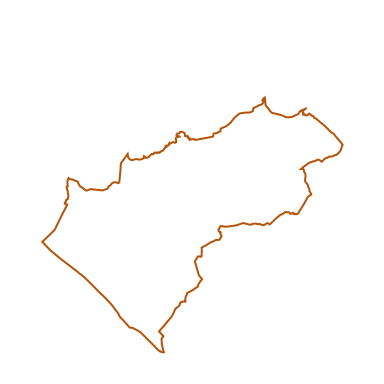 outline of Tanh Linh, Bình Thuận, Vietnam, rotated 46°
{"feature_id": "81297802B72040378952039", "entity_name": "Tanh Linh", "entity_type": "district", "adm_level": 2, "iso_a3": "VNM", "parent_name": "Vietnam", "parent_adm1": "Bình Thuận", "projection": "natural_earth1", "projection_center": [107.7, 11.14], "detail": "fine", "context": "isolated", "style": "outline", "palette": "amber", "viewbox_px": 384, "rotation_deg": 46, "n_neighbors": 0, "source": "geoboundaries", "source_scale": "gbopen_adm2", "svg_char_len": 6008}
<svg xmlns="http://www.w3.org/2000/svg" viewBox="0 0 384 384"><g transform="rotate(46 192 192)"><path d="M248.4,49.6L246.4,50.3L244.9,50.5L239.7,50.5L234.0,50.8L232.3,51.1L225.3,51.8L224.4,52.0L223.3,52.6L222.6,52.2L222.0,52.1L221.3,52.2L220.7,52.8L220.3,52.9L217.6,52.9L217.2,53.1L216.9,53.6L217.0,55.4L216.8,55.9L215.6,57.2L214.4,56.9L214.1,57.3L213.8,58.2L213.5,58.4L213.2,58.3L213.1,58.1L212.5,56.9L212.2,56.8L211.7,57.0L211.3,57.0L210.9,56.6L210.7,56.3L210.6,55.7L210.6,54.9L211.2,52.5L211.0,52.3L210.1,54.9L209.1,57.1L209.1,59.2L209.7,61.0L209.6,61.7L208.9,63.5L208.5,65.2L207.4,68.0L205.0,71.0L203.6,72.3L203.0,72.7L200.5,73.4L199.5,74.0L196.2,75.9L190.8,79.4L189.5,79.6L187.3,79.6L185.6,79.1L181.9,78.9L180.7,78.7L180.0,78.3L179.0,77.4L174.6,74.0L174.5,75.7L174.7,77.3L175.1,77.8L175.8,77.5L176.5,77.7L176.9,78.0L177.2,78.4L177.3,79.0L177.3,80.7L177.2,81.7L176.6,82.5L176.3,83.2L175.9,85.2L175.0,87.0L174.8,88.6L174.4,89.3L174.4,89.6L174.7,90.3L176.0,91.7L175.9,92.9L175.0,95.0L174.2,96.1L171.6,98.8L169.0,102.6L168.4,104.0L168.1,110.0L168.5,113.1L169.0,116.1L169.0,116.7L168.4,121.8L166.3,127.4L168.2,129.4L167.1,131.2L167.1,132.7L166.9,133.3L165.1,135.6L165.2,136.1L166.7,138.2L165.6,140.2L157.2,153.0L156.8,153.5L156.5,153.6L155.6,153.6L155.1,154.0L153.2,156.6L152.9,157.4L152.7,157.5L152.4,157.3L152.0,156.5L151.4,157.1L150.1,156.4L149.8,156.5L149.7,156.9L149.2,156.4L148.8,156.3L147.6,157.5L147.1,158.0L146.8,158.1L146.1,157.4L144.9,156.7L144.4,156.5L143.4,156.7L141.7,157.5L140.8,158.3L140.5,158.9L141.0,159.9L141.0,160.4L140.1,161.4L139.8,161.9L139.9,163.0L140.6,163.9L141.2,164.0L142.9,162.5L143.3,162.4L143.6,162.5L142.5,163.9L142.2,164.5L141.9,165.4L142.0,166.2L142.7,167.1L144.1,167.5L144.8,168.6L145.1,168.9L145.0,169.6L144.8,170.0L144.4,170.2L143.2,170.6L142.6,171.7L142.3,172.4L142.4,172.8L142.3,173.1L141.6,174.4L142.0,175.1L141.7,175.2L141.2,174.8L141.3,175.4L142.0,176.1L142.1,176.5L141.5,177.6L141.4,178.3L141.0,178.0L140.8,178.1L140.7,179.0L140.7,179.4L140.9,179.6L141.5,178.8L141.8,178.9L141.5,179.7L141.7,180.5L141.5,181.7L141.6,182.3L142.0,183.4L142.1,184.2L141.4,185.2L141.4,185.8L141.2,186.1L141.2,188.2L140.9,188.5L140.1,188.5L140.0,188.8L139.8,189.9L139.4,190.6L139.2,190.7L138.4,190.6L137.7,191.5L137.6,192.7L137.6,193.0L137.9,193.3L137.8,193.7L137.6,194.1L136.9,194.4L136.6,194.8L136.6,196.9L136.8,199.2L136.0,200.2L135.7,201.3L135.3,201.6L134.9,201.7L133.3,201.4L132.8,201.6L133.2,202.2L133.7,202.9L134.0,203.4L133.9,204.1L133.5,205.4L132.0,207.5L129.6,209.2L129.1,209.7L128.2,211.8L127.7,212.6L127.3,213.0L126.2,213.7L125.1,214.1L124.6,214.1L122.6,213.7L121.5,213.1L120.0,211.9L121.9,222.9L122.4,223.7L123.6,225.1L125.2,226.7L126.5,228.2L134.5,237.5L134.5,238.7L134.3,239.1L133.2,239.3L131.2,240.9L130.8,241.3L130.3,242.9L130.2,244.4L130.5,245.5L130.5,246.2L130.2,247.4L130.2,248.1L130.3,248.8L130.7,249.7L130.8,250.2L130.7,251.2L129.4,253.5L129.0,254.6L128.7,255.2L120.5,262.1L119.5,263.1L118.9,264.1L118.0,266.4L117.5,267.1L116.7,267.4L113.1,267.8L110.5,268.6L107.2,267.9L106.3,267.6L105.6,267.1L105.1,267.1L103.8,267.6L100.1,269.3L97.7,271.0L96.3,271.1L96.6,272.6L97.5,273.8L100.1,276.4L101.4,277.2L101.4,277.5L101.2,278.6L103.3,279.9L105.1,280.9L106.9,282.3L108.6,283.4L109.2,283.8L109.9,285.2L110.6,285.7L110.8,286.7L110.3,287.7L110.3,288.1L111.3,289.4L111.3,290.0L111.7,290.4L111.5,291.0L111.7,291.5L112.2,291.6L113.0,291.5L114.1,290.7L114.5,290.6L117.7,300.2L121.9,311.8L123.1,315.0L123.7,316.8L123.8,317.5L123.9,323.2L123.9,334.3L135.6,334.4L149.0,332.9L169.4,329.8L172.7,329.5L176.2,328.9L184.8,328.4L199.6,328.3L209.3,327.9L216.3,328.1L220.9,328.5L222.2,328.8L228.0,329.4L231.3,330.6L237.6,330.6L245.6,331.0L246.1,331.0L248.7,329.1L249.5,328.8L256.7,326.5L275.4,326.1L281.2,326.2L284.5,325.8L284.5,325.4L285.4,325.2L287.0,324.5L287.7,323.5L285.8,322.6L280.5,319.5L279.4,318.4L276.8,316.2L276.2,315.5L276.1,315.1L276.1,313.1L275.9,312.7L275.6,312.6L271.6,312.7L269.4,312.5L268.8,305.5L267.5,293.6L266.9,291.1L264.5,285.1L264.9,280.5L264.8,279.8L264.2,279.0L264.2,278.2L263.5,277.4L263.5,277.0L264.1,275.6L264.5,274.9L265.0,273.9L265.2,273.7L266.2,273.2L266.3,272.8L266.1,272.5L265.4,272.3L264.9,272.0L263.9,270.3L262.8,269.2L262.6,268.7L262.5,267.4L261.7,266.4L261.3,265.7L261.3,265.0L261.6,264.7L261.8,264.1L263.3,258.6L263.4,256.8L264.2,253.8L263.5,253.0L263.3,252.3L262.7,251.1L262.4,249.3L262.0,248.2L261.9,246.2L261.7,245.3L257.4,245.0L256.7,244.9L244.2,238.3L243.6,237.3L242.5,232.5L243.0,231.9L245.0,230.3L245.0,230.0L241.4,226.1L238.7,223.6L240.0,219.2L241.3,213.2L242.1,211.6L243.0,208.5L243.5,207.7L245.3,205.7L245.4,205.1L244.2,201.3L243.8,201.1L242.8,201.1L241.8,200.3L241.0,200.2L240.8,200.1L240.8,199.4L240.7,199.4L240.3,199.4L239.6,199.9L239.1,200.0L238.7,199.9L237.3,199.0L237.3,198.1L236.4,195.4L236.5,194.9L237.1,194.3L239.6,192.7L242.3,189.5L246.7,183.4L249.6,177.3L250.0,176.7L250.5,176.3L255.8,173.1L256.5,171.9L257.4,170.0L258.7,168.4L259.7,167.6L260.8,167.2L261.6,165.9L262.0,165.4L263.5,165.1L265.1,164.1L265.6,163.4L266.1,161.8L266.5,160.0L266.9,159.3L268.0,158.8L268.8,159.0L269.1,158.9L269.4,157.5L269.4,149.8L269.6,146.8L269.9,144.0L270.5,142.9L271.1,140.8L271.0,139.1L272.0,138.2L272.5,137.5L273.1,137.4L273.3,137.2L274.1,136.2L274.5,136.2L276.0,136.4L276.5,135.6L277.3,133.6L277.6,133.6L278.1,134.2L278.5,134.3L278.7,134.0L278.9,133.4L279.2,133.0L280.1,132.8L280.5,132.4L280.8,131.3L281.1,131.0L280.5,128.1L278.3,119.6L276.9,114.9L276.0,112.6L276.0,111.6L276.7,108.0L276.0,107.6L272.8,106.8L271.6,105.7L268.8,104.7L267.5,103.8L266.8,103.6L263.9,103.4L262.7,103.0L262.0,102.5L260.1,100.0L258.3,98.2L257.5,97.8L255.6,97.4L253.2,96.0L252.8,96.1L251.2,97.5L251.5,93.5L252.4,87.3L253.9,84.3L254.1,83.4L255.2,82.0L255.8,79.8L256.4,78.8L257.0,78.3L257.7,78.1L260.1,77.7L260.4,77.4L260.4,76.6L260.2,74.8L260.3,73.4L261.3,70.9L261.7,69.0L263.8,66.5L264.3,65.1L264.6,63.8L265.6,62.5L265.7,61.6L265.7,58.7L265.2,56.0L264.5,54.6L263.2,52.3L262.7,50.9L258.9,50.4L250.8,49.9L248.4,49.6Z" fill="none" stroke="#b45309" stroke-width="2"/></g></svg>